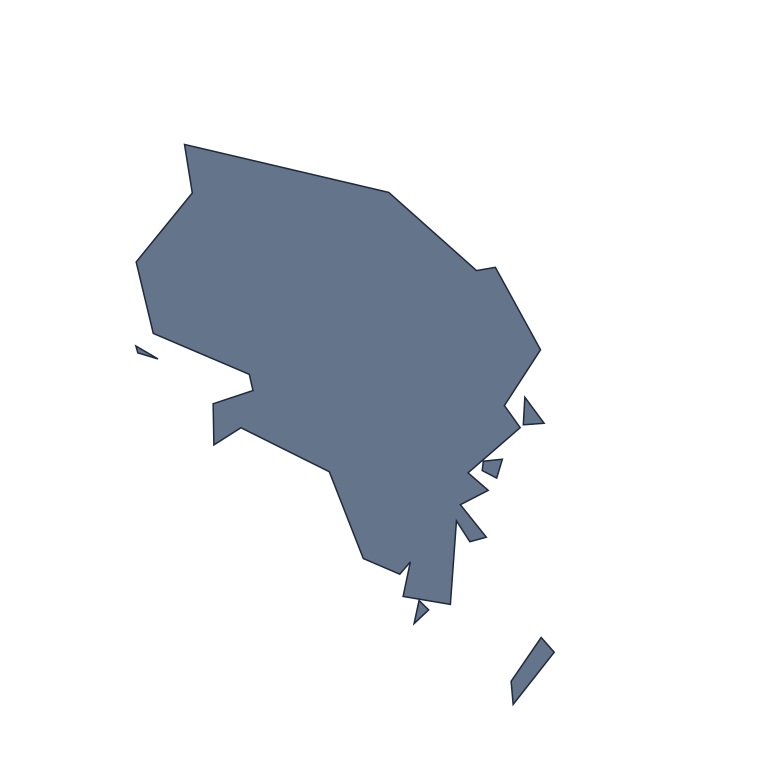 an SVG outline of South Korea, rotated 311°
{"feature_id": "KOR", "entity_name": "South Korea", "entity_type": "country or territory", "adm_level": 0, "iso_a3": "KOR", "parent_name": "Asia", "parent_adm1": "", "projection": "mercator", "projection_center": [127.333, 35.912], "detail": "coarse", "context": "isolated", "style": "filled", "palette": "slate", "viewbox_px": 768, "rotation_deg": 311, "n_neighbors": 0, "source": "natural_earth", "source_scale": "50m", "svg_char_len": 775}
<svg xmlns="http://www.w3.org/2000/svg" viewBox="0 0 768 768"><g transform="rotate(311 384 384)"><path d="M270.8,176.7L313.5,116.9L402.4,114.0L433.9,76.3L531.7,261.9L530.3,379.4L545.1,391.5L512.5,479.7L446.7,489.0L440.4,515.4L372.1,505.7L372.1,532.4L343.0,520.8L335.5,561.7L321.3,552.3L328.2,528.5L261.2,578.7L236.2,537.8L267.0,520.6L250.8,520.7L238.7,482.9L281.9,400.3L257.1,304.7L226.4,295.6L257.0,268.0L293.1,289.4L302.9,276.0L270.8,176.7ZM293.2,688.4L226.9,691.7L243.0,675.0L295.8,668.9L293.2,688.4ZM466.4,499.0L459.4,530.6L444.6,515.9L466.4,499.0ZM404.9,522.7L386.9,530.8L383.1,514.9L390.9,509.6L404.9,522.7ZM242.8,565.9L222.9,563.9L243.6,552.5L242.8,565.9ZM249.9,171.8L254.6,197.0L246.0,177.8L249.9,171.8Z" fill="#64748b" stroke="#1e293b" stroke-width="1.5"/></g></svg>